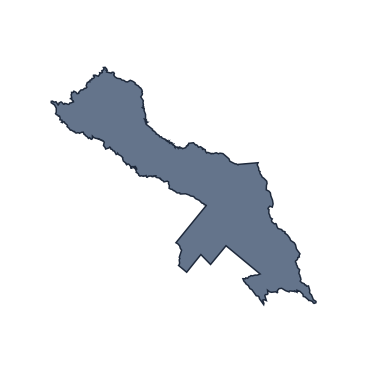 outline of Vilhena, Rondônia, Brazil, rotated 310°
{"feature_id": "56859067B73787435299073", "entity_name": "Vilhena", "entity_type": "district", "adm_level": 2, "iso_a3": "BRA", "parent_name": "Brazil", "parent_adm1": "Rondônia", "projection": "natural_earth1", "projection_center": [-60.258, -12.124], "detail": "fine", "context": "isolated", "style": "filled", "palette": "slate", "viewbox_px": 384, "rotation_deg": 310, "n_neighbors": 0, "source": "geoboundaries", "source_scale": "gbopen_adm2", "svg_char_len": 6010}
<svg xmlns="http://www.w3.org/2000/svg" viewBox="0 0 384 384"><g transform="rotate(310 192 192)"><path d="M186.8,358.1L187.9,357.3L187.5,354.2L190.0,349.6L190.0,348.1L190.6,346.6L192.3,345.5L194.9,341.6L193.5,340.3L193.9,338.9L193.4,338.0L193.9,336.9L193.1,334.6L193.2,332.2L195.0,331.7L196.5,329.8L196.5,329.2L197.5,328.3L198.4,326.1L201.7,324.4L201.9,321.4L202.9,320.4L203.4,318.7L204.4,317.8L204.9,316.2L205.7,315.7L207.7,316.1L209.0,315.8L209.8,315.1L211.2,316.0L212.3,314.8L214.0,314.5L215.5,308.6L218.1,305.2L218.8,303.0L218.3,298.8L219.5,296.5L220.4,292.8L220.2,289.5L221.2,289.1L221.3,288.7L220.3,286.3L220.9,284.9L219.3,281.4L220.1,279.3L221.6,277.2L221.6,276.4L220.5,275.5L220.5,272.2L221.4,271.1L223.0,270.8L222.7,269.4L223.1,267.8L224.3,266.3L225.1,264.5L228.1,262.2L227.9,261.2L228.3,260.7L231.1,260.7L232.0,263.2L235.0,261.8L237.5,258.9L239.7,254.9L241.7,252.6L242.1,250.5L241.4,247.5L245.0,244.7L246.8,244.0L248.3,242.3L248.7,238.4L248.5,236.1L249.4,234.4L249.7,232.7L250.8,231.1L251.4,231.0L251.4,229.4L253.2,227.7L254.7,224.5L256.9,223.8L243.0,209.8L242.4,209.8L242.0,207.9L241.2,206.8L239.9,201.2L241.2,198.9L241.3,191.0L239.7,188.4L238.3,187.7L237.6,185.3L234.8,183.5L234.5,182.5L233.5,182.1L233.5,181.3L232.5,178.6L231.3,178.1L231.9,176.1L232.9,175.0L232.7,174.0L231.4,172.7L231.8,172.1L232.4,172.3L232.2,169.4L230.4,168.2L231.1,166.1L230.9,165.0L230.3,164.4L230.7,161.5L227.2,158.2L225.6,158.9L225.3,158.5L224.5,158.9L223.8,158.2L222.0,158.7L219.1,156.9L219.2,155.8L218.0,154.5L218.7,153.8L218.3,153.3L217.6,153.7L217.2,152.9L216.6,153.2L216.9,151.7L216.4,151.4L216.0,149.7L215.1,150.4L215.2,149.9L216.2,149.0L215.8,147.3L216.7,147.1L216.1,146.7L216.3,145.4L215.7,145.1L216.1,144.3L216.6,144.6L216.4,143.8L215.2,143.4L215.8,143.0L215.5,142.0L216.0,141.8L215.1,141.6L215.0,141.0L215.8,140.5L215.3,140.2L215.3,139.1L214.8,139.2L215.2,137.1L214.8,137.0L214.1,134.3L214.6,133.2L213.5,131.7L214.1,130.7L213.9,128.4L213.4,127.3L213.9,126.9L214.3,124.5L214.2,123.5L213.9,123.3L214.0,121.8L214.7,121.5L214.4,113.4L214.8,112.7L216.9,113.2L216.0,111.9L217.0,112.0L217.2,111.6L216.4,110.8L217.8,110.4L216.9,109.7L217.3,108.6L217.9,109.4L218.4,109.2L221.6,106.5L223.5,103.0L225.2,101.8L225.3,101.3L224.8,101.1L224.8,99.6L226.2,100.2L226.8,98.9L227.6,98.7L229.1,96.9L230.6,96.1L231.9,91.6L234.7,91.3L235.6,90.7L236.2,89.3L237.0,89.4L238.0,88.0L238.7,85.7L238.4,85.1L238.8,82.4L238.2,80.3L238.5,79.5L238.2,79.0L239.1,78.1L238.7,75.3L237.9,72.9L234.9,71.9L233.9,70.4L233.7,68.0L232.7,66.4L232.8,64.4L231.0,61.6L230.7,59.0L231.1,57.2L231.6,57.1L231.8,56.5L232.8,56.4L233.3,55.1L232.4,53.8L231.2,53.7L229.0,49.5L230.6,48.9L230.1,47.8L231.3,47.8L231.7,45.3L230.4,44.1L229.8,45.5L229.3,45.7L227.1,45.3L226.8,44.4L226.7,45.5L225.9,46.5L224.7,45.9L224.0,44.6L223.2,45.6L220.4,45.8L219.3,42.7L218.1,41.5L217.5,41.9L217.6,43.2L216.7,43.6L215.6,43.4L214.6,42.4L213.6,43.0L212.3,42.1L211.6,42.2L210.8,42.9L210.3,42.0L209.6,42.1L208.6,41.4L205.4,42.6L204.7,44.1L203.2,44.0L202.3,43.0L200.2,42.8L198.7,41.3L195.3,41.2L194.7,41.8L193.4,40.8L193.8,39.0L193.3,36.7L192.1,37.0L190.9,35.7L189.9,36.7L188.8,36.9L186.7,39.5L184.9,38.4L185.8,39.5L185.2,41.9L185.5,42.5L184.9,43.3L182.2,41.9L181.8,41.2L180.4,41.4L179.5,40.9L178.9,39.0L178.0,37.5L177.4,37.8L176.7,37.2L177.0,34.2L176.7,33.7L174.6,32.9L173.8,33.5L172.6,33.5L173.7,29.8L172.2,28.6L172.0,26.8L171.0,25.9L169.9,26.7L170.3,30.7L169.0,34.1L165.8,36.8L164.3,37.1L164.1,38.4L164.6,39.6L164.2,40.9L165.0,41.7L163.8,43.6L162.4,44.3L163.4,46.3L162.2,47.4L161.6,47.2L161.8,48.2L163.2,48.3L163.6,49.2L163.1,50.1L163.1,53.2L162.6,54.1L161.8,54.3L161.8,56.7L161.2,59.0L161.9,59.9L162.3,62.9L162.8,63.1L162.4,64.7L163.0,65.7L164.1,66.4L164.7,67.5L164.6,68.0L167.0,69.2L167.9,70.3L166.8,72.2L167.2,73.0L166.7,74.0L167.0,76.2L166.5,78.2L167.8,78.6L167.5,80.3L167.9,81.3L169.0,81.3L170.8,79.8L170.6,81.6L171.2,83.8L172.6,85.9L172.2,86.1L172.4,86.6L173.1,86.9L172.9,88.2L173.3,88.3L173.3,89.4L173.8,89.5L173.6,90.8L174.1,91.2L173.7,92.8L170.7,94.3L170.2,96.9L169.4,98.2L172.6,100.2L173.4,100.0L173.7,100.8L172.7,102.4L173.3,103.5L172.8,105.1L173.4,106.3L172.0,109.8L173.1,110.4L173.9,110.2L173.4,111.4L174.0,114.2L173.8,116.9L172.9,117.5L171.6,119.5L171.6,123.2L171.3,123.0L170.8,124.4L172.4,125.1L172.7,125.9L172.2,128.5L171.0,129.8L171.5,130.6L172.7,129.6L173.5,130.4L173.2,131.4L174.4,131.4L175.2,132.3L174.8,132.7L173.4,132.5L173.2,133.8L174.5,134.2L173.9,135.0L172.9,134.5L171.7,136.8L171.3,136.7L171.5,139.2L170.7,140.3L170.7,142.0L171.8,142.6L172.8,144.7L173.3,144.7L173.9,145.7L175.1,146.2L174.2,147.8L174.5,148.3L176.1,148.5L177.9,150.3L178.4,151.2L178.0,151.2L178.1,151.7L179.5,152.9L179.9,152.5L181.2,153.9L180.4,154.4L180.2,155.3L181.7,157.9L181.6,159.4L182.0,159.3L181.6,161.3L182.0,162.6L181.7,164.0L184.4,166.1L184.7,167.6L183.2,168.7L182.5,170.4L180.1,172.1L180.7,174.4L181.3,175.1L181.1,176.9L181.6,177.5L181.7,181.2L183.4,183.2L182.9,184.3L186.5,188.2L187.9,191.9L188.0,193.4L189.6,196.1L189.2,199.0L190.3,202.9L189.9,206.7L190.7,208.6L190.1,209.4L190.9,211.0L190.8,211.6L142.8,212.3L143.2,214.4L142.8,217.2L141.3,219.3L140.8,221.4L133.8,224.2L133.2,225.5L131.8,225.8L129.6,228.2L128.2,228.9L127.1,228.9L127.1,239.5L149.8,239.0L148.4,252.8L172.7,252.6L173.0,296.9L170.2,295.4L169.0,293.8L166.5,292.1L165.9,290.9L164.5,290.7L163.8,290.0L161.6,290.1L160.8,288.4L159.9,288.7L158.3,286.7L156.9,289.4L156.9,291.3L156.3,291.9L156.5,295.4L155.2,298.4L155.7,300.7L153.8,307.9L154.7,309.3L154.7,310.9L153.6,312.3L151.8,319.3L152.9,318.7L154.6,315.7L155.8,316.4L156.6,318.8L159.4,314.4L160.6,314.2L161.8,315.5L162.8,315.6L165.3,313.0L165.4,315.6L166.2,317.3L169.3,320.2L169.6,322.0L170.1,322.1L171.2,320.8L173.9,320.8L175.9,322.6L176.6,327.2L177.9,330.6L178.6,330.3L179.3,330.7L181.1,333.5L182.3,334.2L181.9,334.9L182.3,335.0L182.7,336.9L184.2,335.5L184.6,336.6L184.3,337.2L185.3,338.4L185.0,342.7L183.5,344.4L184.3,346.0L184.2,350.8L183.9,351.1L184.7,352.1L185.6,354.7L185.0,355.9L185.1,357.1L186.8,358.1Z" fill="#64748b" stroke="#1e293b" stroke-width="1.5"/></g></svg>